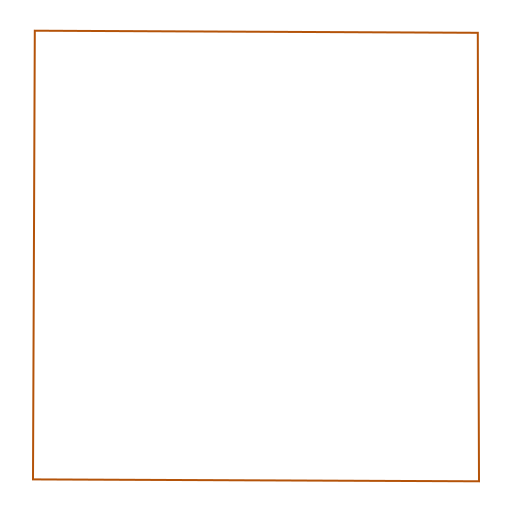 Pocahontas, Iowa, United States of America
{"feature_id": "52423323B21865505270884", "entity_name": "Pocahontas", "entity_type": "district", "adm_level": 2, "iso_a3": "USA", "parent_name": "United States of America", "parent_adm1": "Iowa", "projection": "albers", "projection_center": [-94.679, 42.734], "detail": "fine", "context": "isolated", "style": "outline", "palette": "amber", "viewbox_px": 512, "rotation_deg": 0, "n_neighbors": 0, "source": "geoboundaries", "source_scale": "gbopen_adm2", "svg_char_len": 193}
<svg xmlns="http://www.w3.org/2000/svg" viewBox="0 0 512 512"><path d="M34.8,30.7L33.0,479.4L479.0,481.3L478.6,370.4L477.8,32.8L34.8,30.7Z" fill="none" stroke="#b45309" stroke-width="2"/></svg>